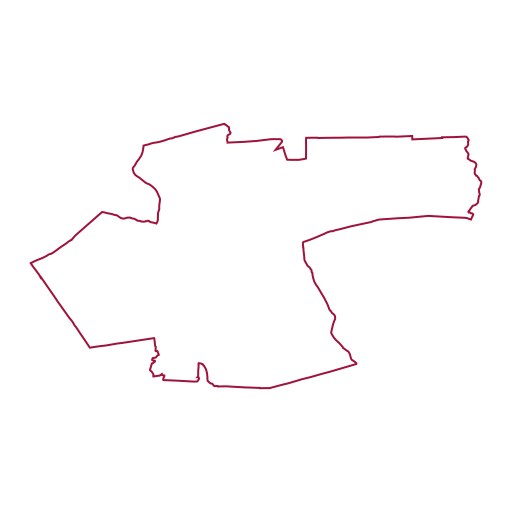 outline of Tufeni, Olt, Romania
{"feature_id": "2599482B16239538669932", "entity_name": "Tufeni", "entity_type": "district", "adm_level": 2, "iso_a3": "ROU", "parent_name": "Romania", "parent_adm1": "Olt", "projection": "robinson", "projection_center": [24.804, 44.357], "detail": "fine", "context": "isolated", "style": "outline", "palette": "rose", "viewbox_px": 512, "rotation_deg": 0, "n_neighbors": 0, "source": "geoboundaries", "source_scale": "gbopen_adm2", "svg_char_len": 6057}
<svg xmlns="http://www.w3.org/2000/svg" viewBox="0 0 512 512"><path d="M356.3,364.0L356.4,363.3L354.4,361.5L352.0,360.0L351.1,358.8L349.8,354.0L348.5,351.7L346.1,350.1L344.1,348.6L343.0,347.9L342.9,347.5L342.6,346.9L339.5,343.3L336.0,340.1L333.8,337.5L331.9,334.4L331.4,333.3L331.2,332.7L331.2,332.2L332.9,325.0L333.7,322.3L335.2,318.7L335.0,316.3L334.7,315.5L334.4,315.1L334.0,314.6L331.8,312.7L331.0,311.3L330.1,310.5L329.5,309.6L329.0,308.5L328.7,307.5L327.3,304.0L324.2,297.9L321.7,293.8L318.1,287.6L316.2,285.0L314.9,282.8L314.2,281.3L313.1,277.8L313.2,277.6L313.1,277.3L312.6,275.5L312.6,274.9L312.4,274.2L312.5,273.3L312.4,273.0L311.8,272.4L311.6,271.8L311.6,270.6L311.3,269.8L310.4,268.8L310.1,268.1L309.5,267.3L308.7,266.7L308.1,266.4L307.2,265.2L305.5,262.0L305.1,261.5L304.4,259.7L304.2,256.3L303.7,251.8L303.5,250.7L303.4,247.8L303.1,247.6L303.2,246.7L303.0,245.6L302.9,243.3L303.0,242.6L303.1,242.3L303.7,241.9L309.6,239.9L316.2,237.3L324.5,233.7L326.7,232.6L329.8,231.5L331.4,231.2L333.1,231.2L334.1,230.6L335.1,230.3L340.3,229.1L351.4,226.2L371.3,222.0L373.1,221.2L375.1,220.7L377.9,219.8L379.7,219.5L398.7,218.2L409.3,217.7L427.1,216.0L428.5,215.9L451.1,217.2L465.1,217.8L467.3,218.2L469.6,219.1L471.0,219.5L471.5,218.2L473.1,215.0L473.2,214.4L473.0,214.0L472.1,213.4L471.1,213.4L469.9,212.5L468.8,212.5L468.5,212.2L468.4,211.8L468.5,211.3L469.5,210.4L469.9,209.6L472.5,206.0L473.6,205.5L474.9,205.2L475.8,204.7L477.5,203.2L478.1,202.3L478.2,201.6L478.1,200.8L478.7,197.7L478.9,196.1L479.5,195.6L479.7,194.5L479.7,194.0L479.4,193.4L478.8,189.4L478.9,189.1L480.1,187.2L480.3,186.2L480.6,185.6L480.7,184.8L481.2,183.4L481.3,182.0L481.1,181.3L479.5,179.9L478.6,177.9L478.0,177.3L477.4,176.3L476.7,175.7L476.2,175.7L475.5,174.6L475.1,174.2L474.6,173.2L474.9,170.5L474.7,169.2L475.8,167.2L476.1,166.3L476.3,164.9L476.3,164.2L475.9,163.5L475.3,162.7L474.2,161.9L471.6,160.9L470.7,160.7L469.0,159.3L467.9,158.8L467.7,158.5L467.7,157.9L467.9,157.5L467.9,156.9L468.2,156.1L468.2,155.4L468.5,154.8L468.5,154.1L468.2,153.4L467.0,151.8L466.3,151.0L466.0,150.1L465.4,149.2L465.2,148.3L465.2,148.0L465.5,147.6L466.5,147.1L467.0,146.7L467.9,145.3L468.2,144.3L468.0,141.6L468.1,141.3L468.6,140.7L468.7,140.0L468.5,139.6L468.1,139.1L467.7,138.3L466.5,136.8L465.2,136.6L453.9,137.1L442.1,137.3L442.2,138.0L412.5,139.4L412.3,139.4L412.3,139.2L412.2,136.0L396.7,136.7L393.1,136.5L379.4,136.6L378.8,137.0L367.7,137.5L350.6,137.5L340.7,137.7L327.0,137.8L318.8,138.0L318.2,138.0L317.6,137.7L306.2,137.8L306.0,140.3L306.1,148.3L306.0,158.5L304.2,159.0L298.4,159.9L296.9,159.9L295.9,159.8L293.0,159.9L287.1,159.7L285.1,154.1L283.0,147.2L275.6,149.8L281.9,141.9L282.0,141.5L282.1,141.0L281.9,140.6L281.2,139.6L280.5,139.3L278.9,139.1L277.0,139.2L275.1,139.1L270.8,139.2L256.1,141.0L252.8,141.2L244.7,141.8L227.7,142.6L227.8,142.2L227.5,141.8L227.4,141.4L227.2,140.9L227.0,139.7L227.1,139.1L227.6,137.7L227.6,137.3L227.3,136.5L227.4,135.9L227.9,135.2L228.9,134.5L229.6,134.3L230.1,133.9L230.3,133.6L230.4,132.8L230.5,132.5L229.7,131.5L229.5,131.0L229.4,130.6L229.0,129.9L229.1,128.6L228.9,127.5L228.7,126.9L227.8,126.5L226.4,125.2L225.1,124.6L224.6,124.0L224.3,123.8L195.5,131.5L179.2,136.2L175.9,136.9L175.2,136.8L174.3,137.5L173.3,137.7L172.6,138.2L169.9,138.6L168.0,139.2L165.2,140.2L160.5,141.6L157.0,142.4L154.4,142.7L152.1,143.2L150.4,143.7L148.6,144.4L146.5,144.8L143.6,145.6L143.2,148.6L142.6,152.0L141.7,154.5L141.1,155.9L138.9,159.2L136.9,161.7L135.9,163.5L134.8,165.5L133.2,167.4L132.8,168.1L132.7,168.9L132.9,169.8L133.7,172.6L134.4,173.7L135.5,175.1L137.1,176.3L139.0,177.4L145.7,182.8L147.3,183.6L149.3,184.3L151.7,186.0L155.1,189.0L156.0,190.3L156.9,191.7L157.8,193.7L159.5,197.5L159.9,198.7L160.0,199.5L159.8,201.5L159.3,205.1L159.2,206.5L159.3,208.3L159.2,209.4L158.1,212.7L158.0,213.8L157.9,218.2L157.8,220.2L157.3,221.9L156.4,223.5L153.6,222.7L150.9,222.2L150.4,221.9L149.4,221.6L149.1,221.1L147.8,220.7L146.1,221.3L145.8,221.2L145.3,221.3L145.1,221.5L143.7,221.7L141.5,221.5L140.9,221.4L140.1,221.0L137.6,220.7L136.8,220.3L136.7,220.0L133.8,218.6L132.8,218.6L131.1,218.0L130.8,218.0L130.4,217.7L129.5,217.5L127.8,217.7L127.4,217.6L124.9,218.4L124.3,218.4L123.5,218.6L122.3,218.5L120.6,217.9L117.2,215.5L116.5,215.2L116.1,215.1L115.7,215.2L113.8,214.7L111.8,214.0L106.8,213.1L105.7,212.7L102.1,212.0L75.9,235.0L74.4,236.5L71.5,240.0L71.1,239.9L69.9,240.8L68.9,241.3L66.0,243.6L61.7,246.4L54.2,251.9L51.5,253.6L50.8,253.9L49.4,254.2L48.5,254.6L46.9,255.7L42.9,257.8L36.1,260.5L30.7,263.1L32.8,266.3L36.3,270.9L39.5,275.3L40.8,277.8L41.1,277.4L53.7,295.6L58.2,302.3L61.1,306.3L68.9,317.3L72.4,321.6L74.8,325.7L75.9,326.9L80.4,333.7L82.4,336.6L89.9,347.7L91.0,347.5L98.1,346.4L106.5,345.4L116.8,343.6L123.1,342.8L154.1,338.1L154.3,338.5L155.2,346.1L155.7,346.6L155.7,348.0L155.5,350.6L155.6,351.0L156.0,351.2L157.4,351.1L157.8,352.0L158.8,354.8L157.4,355.6L155.8,357.5L154.7,357.8L153.0,358.0L152.6,358.3L152.2,359.5L152.2,360.0L153.1,360.5L154.7,360.7L154.9,360.8L154.9,361.0L154.9,361.6L153.1,363.0L152.4,363.4L152.0,363.4L151.8,363.5L151.3,365.5L150.0,369.8L150.0,370.0L150.2,370.5L151.4,371.3L151.7,371.7L153.4,374.3L153.5,374.9L153.2,376.0L153.4,376.5L158.6,375.7L159.2,375.6L159.4,375.7L160.3,375.3L160.8,374.8L161.8,374.1L161.9,375.0L162.4,375.2L164.3,375.4L164.3,376.2L164.2,376.7L163.3,378.3L163.2,379.6L163.2,379.8L163.3,380.0L164.0,380.1L176.1,380.6L194.1,381.6L196.9,381.5L197.3,381.4L197.6,381.1L198.1,380.2L198.9,379.1L199.0,378.7L198.7,377.6L198.3,376.9L197.6,377.0L198.1,376.4L198.2,375.7L198.2,370.6L198.5,367.6L198.6,365.6L198.5,363.7L198.7,363.2L200.8,363.5L202.3,364.1L202.8,364.7L203.2,364.7L203.5,365.5L203.8,365.6L204.1,365.9L204.8,367.3L205.2,367.8L206.0,369.5L206.5,371.0L206.7,372.0L207.0,373.3L207.1,374.1L207.4,376.9L207.4,378.5L207.6,380.8L210.1,383.1L211.0,383.5L212.3,383.7L213.5,385.2L214.3,386.1L217.6,386.0L217.9,386.5L225.7,386.3L244.8,387.4L259.9,387.9L260.0,388.2L269.7,388.1L282.0,384.8L288.3,383.3L301.7,379.3L310.5,377.1L321.4,374.0L329.7,371.8L356.3,364.0Z" fill="none" stroke="#9f1239" stroke-width="2"/></svg>